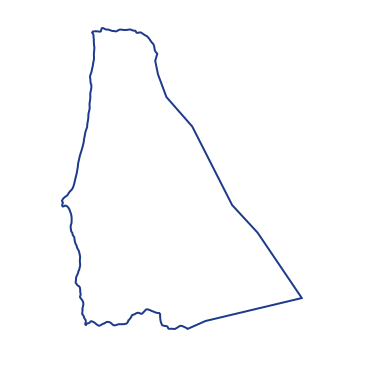 outline of Santa Fe, Colón, Honduras, rotated 280°
{"feature_id": "27666195B82036397342560", "entity_name": "Santa Fe", "entity_type": "district", "adm_level": 2, "iso_a3": "HND", "parent_name": "Honduras", "parent_adm1": "Colón", "projection": "natural_earth1", "projection_center": [-86.12, 15.827], "detail": "fine", "context": "isolated", "style": "outline", "palette": "blue", "viewbox_px": 384, "rotation_deg": 280, "n_neighbors": 0, "source": "geoboundaries", "source_scale": "gbopen_adm2", "svg_char_len": 5647}
<svg xmlns="http://www.w3.org/2000/svg" viewBox="0 0 384 384"><g transform="rotate(280 192 192)"><path d="M332.7,66.4L332.3,66.4L331.6,66.0L331.0,66.6L330.6,67.0L329.9,67.5L329.5,67.7L327.5,68.1L325.0,68.9L323.0,69.2L320.1,69.9L318.7,70.3L317.6,70.7L317.3,70.8L315.4,71.0L310.9,71.4L309.3,71.7L307.7,72.1L306.4,72.3L305.1,72.4L301.3,72.3L299.5,72.4L298.9,72.4L297.6,72.3L294.6,72.2L292.5,72.1L290.1,71.7L288.3,71.5L288.1,71.5L287.2,71.7L285.4,72.3L283.3,72.8L281.7,73.3L281.1,73.5L280.4,74.1L279.9,74.3L278.8,74.5L277.0,74.8L276.1,74.8L274.6,74.8L272.6,74.7L271.8,74.7L270.1,74.9L267.9,75.4L265.8,75.6L264.1,75.7L263.0,75.7L262.5,75.7L261.9,75.7L260.9,75.8L259.8,76.0L258.1,76.4L257.2,76.6L256.1,76.7L254.6,76.7L252.6,76.5L251.0,76.5L249.6,76.6L247.2,77.0L245.3,77.1L244.6,77.1L242.5,77.1L240.5,77.1L240.1,77.1L239.2,77.3L238.1,77.4L237.5,77.4L236.3,77.2L234.0,76.8L232.2,76.6L228.0,76.6L225.0,76.5L224.3,76.5L223.3,76.7L222.8,76.7L221.3,76.6L218.8,76.5L212.9,75.9L208.5,75.3L206.5,75.2L200.6,74.9L196.5,75.2L190.3,75.2L182.6,74.7L181.7,74.6L180.7,74.7L179.7,74.5L178.2,74.4L177.0,74.2L176.1,74.1L175.4,73.9L174.7,73.7L174.1,73.4L173.4,73.1L172.8,72.7L172.1,72.2L171.4,71.7L171.0,71.5L169.6,70.8L168.1,70.2L167.4,69.9L167.0,69.7L166.7,69.5L164.9,67.6L163.4,66.5L162.7,66.1L161.2,65.6L160.9,65.5L160.7,65.5L160.3,65.7L159.6,66.3L159.3,66.6L159.0,66.7L158.7,66.7L158.4,66.7L157.2,66.4L156.9,66.4L156.1,66.5L155.8,66.6L155.6,66.8L155.4,67.2L155.3,67.4L155.4,67.7L155.4,67.8L155.7,68.2L156.3,69.1L156.5,69.3L156.6,69.5L156.6,70.2L156.5,70.7L156.3,71.2L156.1,71.7L155.8,72.1L155.5,72.5L153.5,74.4L153.2,74.5L152.6,74.8L152.0,75.1L150.8,75.9L150.1,76.3L149.0,76.8L147.6,77.4L146.2,77.8L145.0,78.1L141.7,78.6L141.0,78.7L140.2,78.7L138.8,78.5L137.6,78.4L135.4,78.8L134.4,79.2L133.2,79.6L132.4,79.8L132.1,80.0L131.8,80.3L131.5,80.7L131.1,81.2L129.2,81.9L128.9,82.0L128.3,82.6L127.8,83.2L127.5,83.5L127.1,83.8L126.7,84.0L123.6,85.0L121.8,85.8L120.9,86.3L120.3,86.7L119.8,87.1L119.4,87.5L119.0,87.7L118.7,87.9L118.0,88.0L117.4,88.4L116.1,89.3L115.0,90.3L114.4,90.7L112.1,91.8L109.3,92.9L108.7,93.1L104.6,93.5L100.8,94.5L100.2,94.6L99.7,94.6L98.2,94.5L95.8,94.4L95.5,94.4L95.1,94.2L94.8,94.0L93.8,93.9L92.9,93.9L90.3,93.4L88.8,92.9L88.3,92.8L87.9,92.7L86.9,92.8L85.2,93.0L84.0,93.1L83.0,93.1L82.7,93.1L82.3,93.3L82.0,93.5L81.8,93.8L81.3,94.4L80.7,94.9L80.3,95.3L80.0,95.9L79.7,96.5L79.6,97.0L79.3,97.4L79.1,97.6L78.7,98.0L78.1,98.3L76.9,98.7L75.8,99.0L74.5,99.2L73.8,99.4L72.8,99.8L72.4,100.0L71.7,100.1L70.9,100.1L70.4,100.0L69.9,99.9L69.6,99.9L69.3,99.9L69.1,100.0L68.9,100.1L68.7,100.2L67.2,101.8L66.3,102.7L65.7,103.2L65.3,103.5L64.6,103.9L63.8,104.2L63.3,104.4L62.7,104.5L60.3,104.5L60.0,104.5L59.6,104.4L59.3,104.3L57.9,104.4L57.4,104.4L57.1,104.7L56.9,104.7L55.6,104.8L52.9,105.0L52.6,105.2L52.4,105.4L52.2,105.8L51.5,106.4L51.0,106.8L50.5,107.2L50.2,107.3L49.7,107.4L49.2,107.7L48.3,108.6L47.9,109.1L47.6,109.3L47.1,109.6L46.7,109.8L46.1,109.9L45.8,109.9L43.5,109.8L43.2,109.9L42.9,110.0L42.7,110.3L42.8,110.6L42.8,110.8L43.2,110.9L43.6,111.0L43.8,111.2L44.0,111.3L44.6,112.1L44.9,113.0L45.3,113.6L45.5,113.8L46.0,114.1L46.6,114.4L46.9,114.6L47.1,114.9L47.2,115.3L47.3,115.7L47.2,116.0L46.7,117.9L46.3,118.9L45.2,120.8L44.6,122.0L44.4,122.5L44.3,122.9L44.2,123.2L44.2,123.4L44.3,123.8L44.4,124.2L44.7,124.9L45.0,125.3L45.6,125.8L46.3,126.6L47.4,128.4L48.2,129.4L49.1,130.4L49.2,130.7L49.4,131.1L49.4,131.5L49.5,132.2L49.3,134.1L48.5,135.6L47.9,136.4L47.5,137.2L47.3,137.5L47.3,137.8L47.2,138.2L47.2,138.6L47.3,139.1L47.5,139.8L48.6,141.8L48.9,142.5L49.1,143.0L49.3,144.0L49.8,146.9L50.3,148.7L50.7,149.7L50.9,150.0L51.3,150.4L51.8,150.9L52.4,151.2L53.0,151.4L53.6,151.6L53.9,151.6L54.2,151.6L54.5,151.6L54.7,151.8L55.0,152.1L55.2,152.3L58.0,153.7L59.1,154.0L59.8,154.1L60.1,154.2L60.3,154.4L60.6,154.8L61.5,156.5L63.1,158.4L63.3,158.7L63.5,159.2L63.6,159.5L63.7,160.0L63.7,160.4L63.7,160.8L63.6,161.6L63.3,162.4L63.3,163.0L63.3,163.5L63.5,163.8L63.7,164.1L63.9,164.3L65.6,165.4L66.8,166.2L68.1,167.0L68.3,167.3L68.5,167.6L68.6,167.9L68.7,168.3L68.7,169.0L68.6,169.7L68.2,171.9L67.8,173.1L67.5,175.0L67.1,176.5L67.0,177.2L66.9,178.5L66.9,179.7L66.9,180.2L67.1,180.8L66.3,181.7L64.7,182.1L63.3,182.3L62.1,182.7L60.9,183.0L59.0,183.7L56.8,184.9L55.7,185.8L55.4,186.8L55.4,187.6L55.4,188.6L55.5,189.9L55.3,190.9L55.0,191.4L54.3,191.8L53.7,192.2L53.3,192.9L53.4,193.6L53.8,195.8L54.0,198.1L54.1,198.8L54.8,199.8L56.4,201.6L58.0,203.3L58.3,204.5L58.3,205.6L57.6,208.3L57.1,210.2L56.4,211.4L67.3,227.7L106.6,318.5L106.9,318.3L163.4,263.6L186.1,233.8L256.5,180.9L281.1,150.3L301.9,138.1L314.8,133.0L322.1,133.8L323.7,131.9L325.0,130.8L327.3,130.0L329.0,129.4L331.0,128.2L331.6,127.5L332.0,126.8L332.4,126.3L333.4,125.3L334.5,124.2L335.2,123.6L336.6,122.0L337.2,121.1L337.6,120.5L337.8,120.0L338.0,119.1L338.3,118.3L340.0,114.6L340.1,114.2L340.2,113.7L340.2,113.2L340.0,112.8L339.9,112.3L339.3,111.0L339.2,110.4L339.3,110.1L339.3,109.8L339.5,109.4L339.8,109.2L340.2,109.0L340.4,108.8L340.7,108.4L340.9,108.2L340.9,107.6L340.8,106.7L340.8,106.0L340.9,105.1L341.2,104.0L341.3,103.5L341.3,103.0L341.2,102.5L341.1,101.9L340.7,100.7L340.2,99.3L339.9,98.0L339.7,96.6L339.7,95.2L339.6,94.0L339.5,93.3L339.4,92.8L339.2,92.4L338.9,91.8L338.6,91.5L338.0,90.8L337.4,90.0L337.2,89.7L337.1,89.3L336.9,88.6L336.9,88.1L337.0,87.2L336.8,86.0L336.8,85.1L337.2,82.7L337.4,81.2L337.4,80.9L337.2,79.8L337.1,79.3L337.1,79.0L337.2,78.4L337.9,76.3L337.9,75.7L337.9,75.4L337.8,75.1L337.7,74.9L337.5,74.7L337.4,74.6L334.9,74.4L334.4,74.3L334.2,74.1L334.0,73.7L333.9,73.4L333.7,69.9L333.6,69.2L333.4,68.5L333.1,67.5L332.7,66.4Z" fill="none" stroke="#1e3a8a" stroke-width="2"/></g></svg>